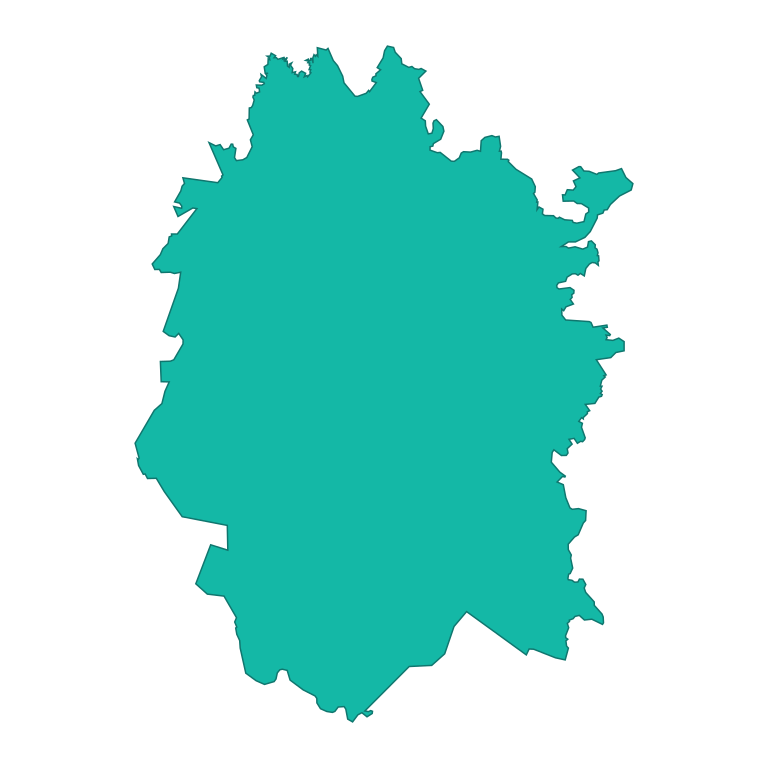 Arcelia, Guerrero, Mexico (Albers equal-area conic projection)
{"feature_id": "50627088B97404190214599", "entity_name": "Arcelia", "entity_type": "district", "adm_level": 2, "iso_a3": "MEX", "parent_name": "Mexico", "parent_adm1": "Guerrero", "projection": "albers", "projection_center": [-100.171, 18.254], "detail": "fine", "context": "isolated", "style": "filled", "palette": "teal", "viewbox_px": 768, "rotation_deg": 0, "n_neighbors": 0, "source": "geoboundaries", "source_scale": "gbopen_adm2", "svg_char_len": 6017}
<svg xmlns="http://www.w3.org/2000/svg" viewBox="0 0 768 768"><path d="M209.0,142.6L223.0,174.9L221.6,176.1L222.0,177.5L217.8,182.7L182.9,177.8L184.5,183.5L182.1,186.2L180.8,191.0L174.6,201.9L179.6,203.1L181.8,206.2L181.6,208.3L173.7,206.5L178.0,216.5L192.8,208.0L196.9,208.6L177.3,234.0L171.5,234.0L171.7,235.9L169.2,236.9L168.1,243.5L162.9,248.7L160.3,254.7L152.2,264.0L154.8,269.5L159.4,269.4L161.2,272.5L170.3,272.2L174.4,273.5L180.7,272.2L178.4,288.2L163.2,331.4L169.1,335.7L175.1,337.0L178.7,333.4L183.1,339.8L183.0,344.0L173.8,359.8L170.3,361.2L160.4,361.5L161.2,381.7L169.2,381.9L165.0,391.2L161.9,403.6L154.3,410.3L135.1,443.2L139.1,458.1L138.2,459.5L137.4,458.8L138.6,465.6L143.3,474.3L145.2,474.0L147.5,478.5L156.3,478.3L164.3,491.6L182.2,516.7L227.3,525.4L227.8,550.2L210.7,544.8L195.8,583.8L207.3,594.1L224.0,596.1L236.5,617.7L234.7,622.0L236.8,627.1L235.7,628.0L236.8,634.3L239.7,640.6L240.2,648.1L245.8,673.2L256.1,680.7L264.5,684.4L274.1,681.6L276.0,679.0L277.3,672.9L279.8,669.8L282.3,669.2L287.2,670.4L290.1,680.1L303.2,689.9L315.0,695.9L316.8,698.4L316.9,702.9L320.5,708.7L326.8,711.5L332.5,712.4L334.9,711.4L338.2,707.0L344.1,706.6L345.8,709.1L347.7,719.1L352.6,721.9L357.9,714.8L361.9,712.7L367.0,716.8L372.2,713.5L372.5,711.3L370.7,710.6L368.5,711.6L364.8,711.0L409.2,666.5L431.7,665.4L444.7,653.8L454.0,626.5L466.6,611.6L526.3,654.9L529.1,649.0L533.6,649.2L555.5,657.8L565.2,659.9L568.4,648.1L566.6,646.1L565.9,640.9L567.8,639.2L565.7,637.7L565.6,635.6L568.7,627.7L567.3,623.4L569.5,621.4L569.3,620.1L573.1,618.7L575.0,616.4L579.3,615.4L584.4,620.0L591.8,619.2L602.5,624.4L603.5,622.8L603.2,617.0L602.0,614.0L594.3,605.4L594.2,601.9L585.7,592.4L584.2,588.0L585.8,584.5L582.9,579.2L579.4,579.1L577.9,582.0L574.5,582.2L572.0,580.3L568.3,579.7L567.9,578.4L568.6,574.2L570.2,573.5L572.7,568.1L570.6,558.1L571.3,555.0L568.3,549.6L568.2,544.2L574.5,537.0L578.2,534.8L583.3,523.0L585.6,520.5L586.1,510.7L578.5,508.6L572.2,509.3L569.9,507.8L565.8,497.7L563.3,484.7L557.1,482.0L562.5,476.5L564.9,477.0L565.3,476.1L559.8,472.1L551.3,462.2L552.2,452.4L553.9,449.8L561.4,455.5L566.3,455.4L568.0,453.0L567.2,448.7L572.1,444.1L569.0,439.3L574.1,438.4L577.4,443.3L580.6,441.3L582.6,441.7L584.6,439.6L585.2,437.8L581.5,427.3L582.4,423.3L578.8,421.4L581.5,417.7L583.3,418.9L583.2,417.6L587.4,413.6L587.3,411.8L589.7,410.7L585.3,404.4L594.9,403.4L598.8,397.1L601.5,396.3L602.2,394.6L600.4,393.4L602.1,391.2L600.6,389.1L602.0,386.2L600.3,386.2L601.8,380.2L605.2,377.0L603.9,375.7L606.1,374.9L596.3,359.7L610.8,357.6L615.9,352.5L624.1,350.8L624.1,341.6L618.8,338.1L612.9,340.4L606.1,339.7L607.1,337.4L606.0,335.1L609.7,335.6L610.3,334.5L602.9,328.0L607.3,327.3L606.9,325.1L593.1,327.2L591.0,322.5L589.3,321.6L565.7,320.0L561.9,315.2L561.7,309.0L563.7,310.7L566.0,306.8L573.4,304.0L570.2,299.4L572.1,297.4L571.7,294.7L573.8,293.2L574.0,290.3L570.0,287.6L559.0,289.0L557.0,287.7L556.7,285.4L558.4,282.9L565.6,281.3L567.1,277.1L572.3,273.9L575.4,273.7L578.0,275.2L580.3,273.4L584.3,275.9L585.8,268.5L589.3,264.1L592.1,262.5L595.3,262.9L598.3,265.3L597.9,261.9L599.0,260.8L598.6,255.8L597.3,255.6L598.0,252.8L597.0,249.2L595.0,247.8L595.3,244.8L591.4,240.9L588.5,241.6L587.5,247.1L582.8,249.1L575.1,246.8L568.5,248.1L565.9,246.5L561.2,246.6L568.5,241.9L575.5,241.9L585.0,237.3L590.3,231.5L597.2,218.1L597.5,214.9L602.9,213.1L604.2,210.0L607.2,209.7L610.4,204.5L619.5,196.0L631.2,190.0L632.9,183.6L625.9,177.5L621.5,168.6L615.6,170.7L598.6,173.0L596.9,174.4L589.1,171.3L583.9,171.0L580.7,166.7L578.9,166.6L572.5,170.1L579.9,177.9L573.4,180.9L576.0,186.7L573.2,190.1L567.3,189.7L565.1,194.9L562.5,194.8L563.2,201.2L573.7,201.0L577.2,203.5L581.4,203.6L588.6,208.0L588.7,212.0L585.8,214.0L584.0,221.6L576.8,223.2L573.1,222.4L572.3,220.4L564.7,219.8L559.4,217.2L558.2,218.3L555.9,218.0L553.5,215.7L544.6,215.5L542.4,213.8L543.0,209.2L539.0,207.0L537.1,209.6L537.9,202.0L536.7,202.1L537.2,199.9L533.5,193.5L534.9,192.2L535.3,186.7L531.7,179.0L516.0,169.3L508.3,161.7L508.8,160.2L507.5,159.3L500.9,159.2L501.5,152.9L501.1,151.1L499.4,151.2L500.6,146.4L499.1,136.3L495.4,137.0L491.9,135.6L484.9,137.4L481.2,140.7L480.5,151.3L477.1,150.3L470.5,152.1L463.5,151.7L461.2,153.1L459.3,157.8L454.4,161.3L451.3,161.2L440.2,152.4L437.3,152.7L430.0,150.1L430.1,146.7L432.8,146.1L433.4,143.6L440.7,139.2L443.9,131.2L442.9,126.5L436.4,119.7L434.0,120.8L433.0,123.2L433.3,128.6L431.9,133.2L428.3,133.9L425.6,126.2L425.3,120.8L421.1,118.1L429.3,104.2L420.0,91.6L422.7,90.3L418.6,78.3L425.9,71.1L421.1,68.5L418.9,69.4L414.6,68.7L411.9,66.5L408.8,67.4L401.8,63.8L401.2,58.6L395.2,52.2L393.6,47.5L387.4,46.1L384.6,50.7L383.1,57.9L377.2,67.6L380.6,69.8L375.9,73.8L376.0,75.8L372.8,77.2L371.9,79.4L372.0,81.0L376.3,82.6L369.5,91.7L368.6,90.4L366.2,93.3L357.6,96.4L355.0,96.2L344.0,82.8L342.7,76.2L337.5,65.6L333.3,60.6L328.0,48.4L326.1,50.0L317.3,47.7L317.8,56.4L316.2,54.8L315.4,56.3L314.0,54.7L312.8,58.1L313.0,63.2L312.4,58.5L310.7,58.5L310.8,60.3L308.8,60.4L308.4,59.1L305.7,60.4L308.9,61.2L307.8,62.7L309.7,63.1L309.2,65.0L310.6,65.6L309.1,69.6L310.7,69.7L309.9,72.1L310.9,72.8L307.6,76.8L307.0,75.5L304.3,76.8L305.6,73.3L301.6,71.1L299.2,72.9L298.5,76.5L297.6,76.5L297.1,74.5L294.7,74.2L295.5,71.8L292.2,72.6L292.8,68.5L290.5,65.2L291.7,62.9L289.2,64.2L289.2,67.3L287.5,66.1L287.2,61.2L285.2,61.3L287.3,57.4L284.2,60.1L284.2,58.2L282.9,58.9L283.4,57.6L277.9,59.3L276.3,57.6L274.1,57.7L275.6,55.7L271.2,53.2L270.0,56.1L267.2,56.2L269.4,57.8L269.7,59.7L268.2,58.9L267.9,64.4L264.2,66.8L265.2,73.3L268.1,73.3L265.7,73.9L266.9,75.7L266.2,78.4L261.0,74.4L261.5,76.9L259.3,80.6L259.6,81.8L263.8,82.4L264.3,83.7L261.8,85.2L256.3,85.0L256.8,87.7L259.1,88.2L259.6,91.9L256.5,93.2L255.0,91.9L254.7,95.3L253.3,95.5L252.9,97.1L254.2,100.0L252.7,105.3L251.4,107.5L249.3,108.0L249.1,119.0L247.3,119.9L253.3,134.8L250.4,139.8L252.2,146.7L246.8,157.5L242.8,159.8L236.4,160.6L234.5,157.6L235.9,148.4L233.3,146.9L232.7,144.2L231.2,144.1L229.0,148.2L223.6,149.7L220.1,144.6L215.7,145.9L209.0,142.6Z" fill="#14b8a6" stroke="#0f766e" stroke-width="1.5"/></svg>